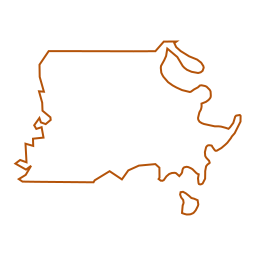 outline of Madison, Louisiana, United States of America
{"feature_id": "52423323B38488721572151", "entity_name": "Madison", "entity_type": "district", "adm_level": 2, "iso_a3": "USA", "parent_name": "United States of America", "parent_adm1": "Louisiana", "projection": "albers", "projection_center": [-91.092, 32.342], "detail": "fine", "context": "isolated", "style": "outline", "palette": "amber", "viewbox_px": 256, "rotation_deg": 0, "n_neighbors": 0, "source": "geoboundaries", "source_scale": "gbopen_adm2", "svg_char_len": 2430}
<svg xmlns="http://www.w3.org/2000/svg" viewBox="0 0 256 256"><path d="M42.2,102.7L42.5,110.7L50.4,117.3L50.7,119.9L45.7,124.1L40.9,122.4L39.4,118.0L34.2,125.3L36.3,128.9L41.6,127.2L43.5,137.6L33.0,138.7L33.2,145.9L25.5,143.7L26.5,162.3L20.1,160.0L15.4,163.6L26.0,169.6L31.1,165.8L25.7,174.9L18.8,179.1L22.5,181.6L36.6,181.8L93.5,182.3L94.7,180.3L109.6,171.2L121.9,179.4L128.3,170.4L138.9,165.6L155.4,164.1L159.4,167.7L159.5,177.7L158.6,179.0L160.8,180.7L161.9,180.7L162.2,180.8L163.7,180.2L166.4,176.4L169.2,174.0L171.9,173.0L174.8,172.8L176.1,173.2L179.3,176.1L181.4,173.7L182.1,172.4L182.5,169.9L183.0,168.5L184.2,167.3L186.7,166.8L188.3,167.1L190.8,168.2L192.5,169.2L196.4,173.1L197.6,173.9L198.7,174.3L198.0,178.3L198.5,183.0L198.9,184.0L199.6,184.3L200.6,184.4L201.5,184.1L202.5,183.6L202.8,183.2L205.1,178.7L205.2,173.1L205.2,171.1L206.1,166.3L207.5,164.5L209.5,163.1L209.7,162.8L209.1,160.8L206.3,157.8L205.9,157.2L205.2,155.9L204.9,152.1L206.0,147.6L206.4,146.7L207.5,145.6L208.0,145.4L209.0,145.2L211.4,145.5L211.8,145.7L212.4,146.9L214.3,149.6L215.1,150.5L215.7,150.8L216.8,150.7L221.4,148.0L225.3,144.7L227.3,142.8L230.9,138.1L231.8,136.5L234.7,133.2L240.5,121.6L240.6,115.9L239.8,115.0L236.2,115.6L235.2,116.6L233.3,122.9L230.1,127.2L228.5,128.8L225.6,127.8L221.1,126.6L218.4,126.3L214.6,126.3L204.0,124.0L201.7,123.1L199.5,121.7L198.4,119.9L198.1,118.9L198.1,117.6L199.4,112.3L200.8,109.8L201.3,108.2L201.6,106.4L201.5,103.6L205.9,101.9L208.0,100.4L209.1,99.4L210.2,98.0L210.7,96.9L210.8,95.4L210.6,91.9L210.5,91.3L209.9,90.2L209.6,89.7L206.6,86.7L205.0,86.0L201.6,85.3L199.9,85.5L198.0,87.3L194.1,89.4L190.9,91.7L189.8,92.0L182.1,90.1L176.4,87.5L172.6,85.4L168.1,82.2L163.6,77.0L162.6,75.4L161.3,72.7L160.8,68.0L161.0,66.0L164.2,60.2L166.1,56.0L167.3,48.6L177.3,57.0L182.7,66.0L184.4,67.8L187.0,69.8L191.6,71.8L198.1,73.0L200.7,72.3L202.6,70.8L203.7,67.7L203.3,66.0L201.2,62.7L197.2,59.6L189.1,56.3L180.7,51.1L176.2,47.1L174.3,43.1L176.5,41.5L163.8,41.6L155.4,51.2L133.5,51.3L98.4,51.2L48.7,51.1L39.5,64.7L39.7,76.9L43.9,91.7L39.0,91.3L42.2,102.7ZM189.5,214.4L190.7,214.2L193.0,213.2L193.8,212.6L195.7,210.3L197.5,206.8L198.0,205.7L198.3,204.4L197.6,200.2L194.1,198.7L191.4,198.0L189.1,195.9L185.8,193.3L183.0,191.8L180.6,192.2L180.1,194.6L181.2,197.5L183.2,200.0L183.6,202.8L183.0,204.8L182.7,205.2L182.0,213.0L182.4,213.2L184.7,214.0L186.7,214.5L189.5,214.4Z" fill="none" stroke="#b45309" stroke-width="2"/></svg>